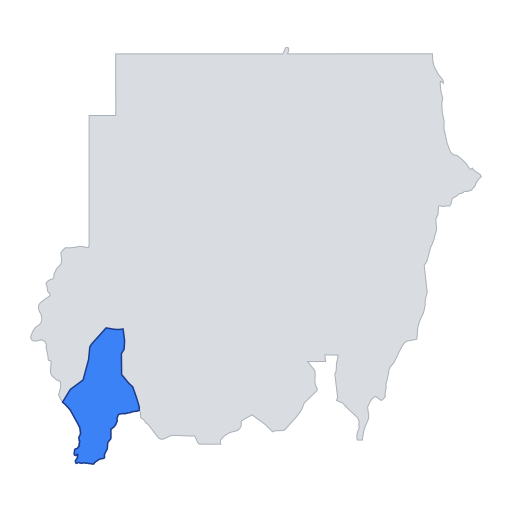 Sudan, with Southern Darfur highlighted
{"feature_id": "SDN-5856", "entity_name": "Southern Darfur", "entity_type": "State", "adm_level": 1, "iso_a3": "SDN", "parent_name": "Sudan", "parent_adm1": "", "projection": "robinson", "projection_center": [24.503, 10.891], "detail": "fine", "context": "in_parent", "style": "filled", "palette": "blue", "viewbox_px": 512, "rotation_deg": 0, "n_neighbors": 0, "source": "natural_earth", "source_scale": "10m", "svg_char_len": 5923}
<svg xmlns="http://www.w3.org/2000/svg" viewBox="0 0 512 512"><path d="M362.5,440.0L357.4,440.0L356.9,438.6L356.9,434.9L357.5,432.1L359.3,427.7L358.8,425.2L359.1,421.7L357.7,417.8L345.5,406.4L343.1,403.3L336.5,400.4L337.6,397.2L334.8,373.9L336.1,371.2L336.4,367.2L336.4,363.6L337.9,357.6L338.0,355.1L325.1,354.9L325.0,357.5L325.6,360.4L325.6,361.5L307.6,361.6L314.9,370.7L315.2,374.7L314.9,379.7L315.0,382.9L315.4,385.0L317.4,389.1L317.3,389.9L316.8,390.8L304.2,403.0L302.1,408.6L300.4,411.6L296.7,416.6L285.1,429.6L283.2,430.5L274.4,430.9L273.5,431.2L272.8,431.8L272.4,431.7L264.8,424.1L252.0,414.9L243.5,419.6L241.2,421.4L241.2,425.8L240.0,428.1L237.7,430.5L231.4,432.1L228.2,433.4L224.3,435.9L220.5,440.1L220.3,442.2L220.7,444.2L199.1,444.1L197.7,442.5L194.6,435.7L192.4,436.1L172.7,435.3L169.9,436.0L164.3,438.8L161.4,439.3L158.5,438.0L148.2,424.5L145.9,422.8L143.6,419.6L141.4,418.2L140.6,417.2L140.4,415.7L140.5,412.7L139.7,410.9L138.1,410.5L124.2,413.6L122.2,413.2L119.3,413.8L118.3,414.4L117.1,416.1L116.9,419.9L116.6,421.7L115.5,423.7L111.6,428.3L110.7,430.3L110.9,435.4L110.6,438.0L110.0,439.1L108.3,441.1L107.7,442.2L107.0,448.7L104.8,452.6L104.3,454.0L104.2,456.8L103.8,457.7L97.5,459.9L95.2,461.4L93.7,463.6L93.4,464.5L90.7,463.7L87.3,463.2L80.7,462.5L78.1,461.4L76.9,459.9L77.3,456.0L76.6,455.1L75.6,454.4L74.8,452.7L75.0,450.7L78.5,446.1L79.2,443.7L80.1,432.3L79.8,428.9L77.1,422.5L70.8,411.5L69.3,409.3L61.4,400.2L60.5,398.9L58.6,395.1L60.7,386.7L60.8,384.4L60.3,382.0L58.3,380.2L56.5,380.0L54.2,377.7L52.7,376.7L51.3,374.7L50.4,372.0L51.1,362.1L50.6,360.8L48.6,360.4L48.2,359.7L48.2,357.8L47.2,352.2L46.0,347.5L46.6,345.0L44.9,341.4L41.7,339.9L35.4,341.1L33.5,340.9L32.1,340.2L31.2,339.0L30.7,337.4L31.2,335.2L33.0,331.0L35.2,327.5L39.7,324.4L40.9,322.7L41.6,320.8L41.8,318.7L41.5,316.5L41.0,314.4L39.6,311.7L38.4,308.5L38.4,306.3L39.0,304.8L40.2,302.9L44.7,299.3L49.3,296.3L50.1,295.2L49.8,293.9L47.7,291.4L47.0,286.6L45.9,283.2L48.2,280.7L49.9,279.8L52.6,279.0L53.7,277.9L54.0,275.9L53.9,273.9L54.9,272.5L56.2,269.4L57.2,268.0L60.7,264.4L61.5,262.0L61.7,259.8L60.8,252.9L62.8,250.1L65.4,247.7L69.1,247.9L74.9,247.4L78.8,246.4L81.6,246.4L88.0,247.7L88.7,247.1L89.1,245.3L89.1,115.5L115.4,115.5L115.8,115.3L115.7,53.9L281.6,53.9L283.0,53.7L285.5,47.9L286.6,47.5L288.3,47.8L288.9,49.2L287.6,53.9L432.4,53.8L432.8,60.8L434.1,66.5L438.4,74.5L442.0,78.8L443.3,81.2L443.4,82.3L443.3,83.3L442.2,82.1L440.4,81.3L440.2,85.1L441.2,92.8L442.8,98.2L441.8,103.2L442.2,111.6L444.2,121.7L443.9,128.2L447.2,143.3L450.3,151.7L452.0,153.7L453.8,154.8L457.3,155.6L462.5,159.8L466.7,164.3L468.2,166.7L470.2,169.3L471.5,168.8L472.4,168.1L473.7,170.2L480.3,174.7L481.3,176.8L479.0,178.8L476.4,182.4L475.1,185.7L474.4,186.7L472.3,188.8L472.0,189.7L471.1,190.4L470.1,190.4L467.9,191.5L465.9,191.2L463.9,191.8L463.2,192.6L461.6,193.3L459.4,193.6L456.1,196.4L453.2,197.8L452.2,198.9L450.8,204.4L449.7,205.9L445.3,206.0L443.2,206.5L440.3,205.9L438.9,205.9L438.5,207.1L438.1,211.9L438.2,213.9L435.8,219.3L436.7,229.4L434.5,237.0L434.2,238.8L431.9,244.8L430.7,247.0L427.8,258.2L426.7,261.7L424.2,265.3L427.2,292.3L425.1,300.5L425.2,305.0L423.8,311.7L422.6,314.8L420.7,318.5L419.1,322.6L417.7,328.1L416.9,338.5L416.4,339.4L408.7,340.7L406.3,341.4L404.7,342.6L402.7,345.2L398.8,352.5L396.8,357.0L393.6,363.1L389.9,367.4L389.1,369.5L388.5,373.5L387.2,379.7L385.9,384.1L386.2,387.6L385.0,393.8L385.3,396.8L383.9,398.4L382.2,400.0L381.0,400.4L375.5,396.3L371.7,399.1L369.4,403.1L367.6,407.1L368.7,415.7L368.7,417.5L368.2,419.6L364.6,427.9L363.6,431.7L362.5,438.4L362.5,440.0Z" fill="#d9dde1" stroke="#a8b0b8" stroke-width="1"/><path d="M79.3,440.8L79.1,440.4L79.0,440.1L79.1,439.2L79.0,438.8L78.7,438.0L78.7,437.7L79.1,436.8L80.1,435.0L80.4,434.1L80.6,432.9L79.8,427.6L79.2,426.2L74.7,418.1L70.2,409.9L65.3,404.5L62.5,402.2L70.4,389.3L77.4,384.2L83.1,379.9L88.6,359.5L89.7,348.2L89.8,347.2L90.3,346.0L91.9,343.7L106.1,327.9L114.3,329.3L118.8,329.5L123.1,329.0L124.6,340.8L124.1,349.3L121.4,353.6L121.6,374.5L128.4,382.8L132.8,387.0L136.8,398.6L139.3,407.1L139.2,410.4L138.9,410.5L137.7,410.8L137.1,411.2L136.9,411.2L136.7,411.3L135.6,411.2L135.4,411.2L135.0,411.4L134.4,411.5L133.5,411.5L133.4,411.5L132.2,411.8L130.2,412.6L129.8,412.8L129.5,412.8L128.4,412.8L128.1,412.8L127.8,412.9L127.3,413.0L127.1,413.2L126.8,413.3L126.5,413.3L126.3,413.3L126.0,413.3L125.9,413.4L125.4,413.7L125.2,413.7L124.8,413.6L124.6,413.6L124.4,413.8L124.2,413.8L123.9,413.8L123.7,413.7L123.3,413.5L123.0,413.5L122.8,413.5L122.6,413.5L122.4,413.6L122.2,413.7L121.9,413.6L121.7,413.6L121.1,413.9L120.7,414.0L120.0,413.9L119.8,414.0L119.4,414.2L118.9,414.3L118.6,414.6L118.3,414.9L117.0,418.2L116.9,418.6L116.9,418.8L116.9,419.2L117.0,419.3L117.2,419.9L117.3,420.2L117.3,420.4L117.3,420.6L117.2,420.8L117.0,421.7L116.2,423.3L116.1,423.8L115.9,424.4L115.6,424.8L115.3,425.2L114.5,426.3L114.2,426.8L113.2,427.4L112.3,428.3L112.1,428.4L111.8,428.6L111.5,428.6L111.3,428.6L111.2,428.7L111.1,428.8L111.0,429.0L110.9,429.6L110.9,437.8L110.9,438.2L110.7,438.9L109.0,441.0L108.2,441.8L108.0,442.2L107.8,442.7L107.3,448.6L107.3,448.8L107.2,449.1L104.7,453.8L104.6,454.2L104.5,454.4L104.5,457.7L104.4,457.9L104.1,458.1L102.8,458.6L100.3,458.9L99.7,459.0L96.7,461.1L95.9,461.6L94.4,462.9L94.2,463.1L94.1,463.6L94.0,463.8L92.5,464.0L89.7,463.5L88.9,463.6L88.4,463.5L87.3,463.0L85.8,463.2L84.1,462.8L83.1,462.8L82.3,463.2L81.8,463.4L81.0,463.1L80.1,463.1L79.7,463.0L79.3,462.7L78.9,462.5L78.5,462.4L78.0,462.5L77.6,462.8L76.9,463.3L76.5,463.4L76.0,463.1L75.6,462.4L75.4,461.6L75.4,460.9L75.7,460.1L76.8,458.7L77.3,457.8L77.6,456.1L77.7,455.0L77.5,454.3L77.0,454.3L76.0,455.4L75.3,455.5L74.5,455.0L74.2,454.4L74.1,453.6L74.7,449.7L74.8,449.5L75.2,449.0L75.6,448.8L76.4,448.8L76.9,448.7L77.2,448.5L77.8,447.8L78.8,446.3L79.2,446.0L79.4,445.7L79.4,445.2L79.1,444.3L79.2,443.7L79.8,441.3L79.8,441.1L79.7,440.9L79.3,440.8Z" fill="#3b82f6" stroke="#1e3a8a" stroke-width="1.5"/></svg>